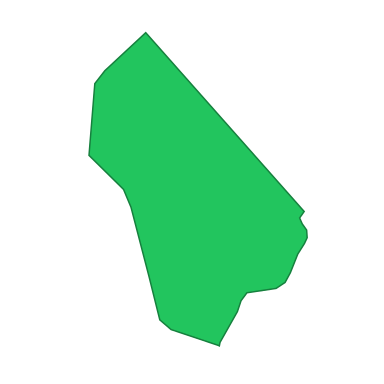 map outline of Ali Sabieh (Mercator projection), rotated 286°
{"feature_id": "DJI-1566", "entity_name": "Ali Sabieh", "entity_type": "Region", "adm_level": 1, "iso_a3": "DJI", "parent_name": "Djibouti", "parent_adm1": "", "projection": "mercator", "projection_center": [42.821, 11.228], "detail": "fine", "context": "isolated", "style": "filled", "palette": "green", "viewbox_px": 384, "rotation_deg": 286, "n_neighbors": 0, "source": "natural_earth", "source_scale": "10m", "svg_char_len": 473}
<svg xmlns="http://www.w3.org/2000/svg" viewBox="0 0 384 384"><g transform="rotate(286 192 192)"><path d="M332.4,103.6L204.2,305.2L196.7,302.6L191.8,306.7L187.0,312.7L179.8,315.3L173.5,314.3L161.5,310.8L141.5,308.8L130.7,306.4L122.5,299.4L110.3,272.6L101.0,269.1L89.5,268.6L55.2,260.4L51.6,260.7L51.8,259.5L54.0,209.8L60.2,196.3L99.2,173.8L160.5,137.6L175.6,125.5L198.8,82.9L269.4,68.7L284.6,74.8L332.4,103.6Z" fill="#22c55e" stroke="#15803d" stroke-width="1.5"/></g></svg>